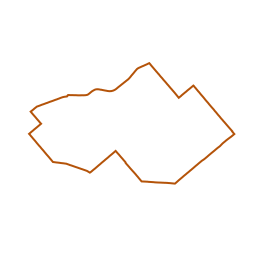 Glen Eira, Victoria, Australia, rotated 311°
{"feature_id": "25037944B56718384218889", "entity_name": "Glen Eira", "entity_type": "district", "adm_level": 2, "iso_a3": "AUS", "parent_name": "Australia", "parent_adm1": "Victoria", "projection": "mercator", "projection_center": [145.042, -37.899], "detail": "fine", "context": "isolated", "style": "outline", "palette": "amber", "viewbox_px": 256, "rotation_deg": 311, "n_neighbors": 0, "source": "geoboundaries", "source_scale": "gbopen_adm2", "svg_char_len": 5180}
<svg xmlns="http://www.w3.org/2000/svg" viewBox="0 0 256 256"><g transform="rotate(311 128 128)"><path d="M116.8,199.9L117.9,200.1L118.7,200.2L120.2,200.4L121.1,200.5L121.9,200.6L124.5,201.0L125.7,201.2L126.3,201.3L128.6,201.6L131.4,202.1L131.7,202.1L132.3,202.2L134.0,202.5L135.2,202.7L136.8,202.9L137.8,203.1L138.5,203.2L140.4,203.5L141.9,203.7L142.4,203.8L143.4,203.9L145.7,204.3L146.3,204.4L147.2,204.5L151.5,205.2L152.0,205.3L153.7,205.8L154.7,206.0L156.2,206.3L156.5,206.3L158.2,206.6L159.1,206.7L160.6,206.9L162.4,207.2L163.2,207.3L167.8,208.1L168.6,208.2L169.9,208.4L171.8,208.7L174.1,209.2L174.7,209.3L176.6,209.4L178.4,209.5L178.9,209.6L179.1,209.6L182.0,210.1L182.9,210.2L185.8,210.8L188.1,211.3L188.4,211.4L191.1,211.9L193.2,212.2L193.3,211.5L193.3,211.4L193.5,210.2L193.6,209.8L193.7,208.9L193.8,208.6L194.0,208.6L194.6,204.1L195.3,199.2L195.4,198.7L195.5,197.8L195.7,196.7L195.7,196.1L196.0,194.4L196.1,193.7L196.2,192.7L196.4,191.3L196.5,190.9L196.8,189.2L197.0,187.5L197.3,185.8L197.6,184.1L197.8,182.4L198.2,180.5L198.6,177.3L199.0,174.6L199.1,173.9L199.2,173.4L199.4,172.3L199.5,171.8L199.7,170.2L200.0,168.1L200.4,166.0L200.7,164.2L201.0,162.0L201.1,161.2L201.6,158.4L201.7,157.9L201.7,157.4L202.0,155.6L202.1,155.0L202.3,153.6L202.4,153.4L202.6,151.6L202.7,151.0L202.9,150.2L202.9,149.5L197.8,148.7L196.9,148.5L195.1,148.2L193.4,148.0L192.5,147.8L191.2,147.6L190.7,147.5L189.4,147.3L188.8,147.2L187.5,147.0L186.9,147.0L185.9,146.8L184.1,146.5L184.7,143.0L184.8,142.4L185.1,140.7L185.2,140.1L185.6,137.4L185.6,137.1L185.8,136.1L186.0,134.5L186.0,134.3L186.1,133.7L186.3,132.5L186.4,131.7L186.6,130.7L186.8,128.8L186.9,128.4L187.3,125.8L187.7,122.6L187.8,122.3L188.1,120.4L188.1,120.0L188.3,118.5L188.5,117.2L188.6,116.9L188.8,115.8L188.8,115.3L188.8,115.1L189.1,113.6L189.2,112.4L189.4,111.3L189.7,109.2L190.0,107.3L190.3,105.2L190.6,103.5L190.6,103.3L190.7,103.1L190.9,101.5L189.8,101.0L189.0,100.7L187.9,100.2L187.1,99.8L185.1,98.9L183.9,98.3L183.3,98.0L181.9,97.4L180.7,96.8L180.4,96.7L180.1,96.6L179.9,96.5L179.6,96.4L179.4,96.3L179.1,96.3L178.8,96.2L178.4,96.1L177.9,96.1L177.1,96.1L176.3,96.1L175.5,96.1L172.8,96.2L170.4,96.2L169.5,96.2L168.5,96.3L167.9,96.3L166.5,96.3L166.1,96.3L165.8,96.3L165.4,96.2L165.0,96.2L164.6,96.2L163.9,96.0L162.7,95.8L161.8,95.6L160.9,95.5L160.7,95.4L159.0,95.1L158.9,95.1L157.9,94.9L156.9,94.7L154.6,94.3L152.6,93.9L150.6,93.6L149.5,93.4L149.1,93.3L148.5,93.1L148.1,93.0L147.8,92.9L147.5,92.7L147.2,92.6L146.7,92.4L146.4,92.2L146.1,92.0L145.8,91.8L145.5,91.6L145.2,91.4L144.8,91.1L144.6,90.8L144.3,90.6L144.1,90.4L143.9,90.2L143.7,90.0L143.5,89.7L143.3,89.4L143.0,89.0L142.6,88.4L141.8,87.0L141.3,86.2L139.8,83.6L139.4,82.8L139.0,82.3L138.5,81.4L138.0,80.6L137.8,80.3L137.6,80.0L137.4,79.7L137.1,79.5L136.8,79.1L136.4,78.7L136.0,78.4L135.6,78.1L134.8,77.7L132.3,76.8L131.7,76.7L130.7,76.5L130.0,76.4L129.6,76.3L129.2,76.3L128.7,76.2L127.0,75.8L126.6,75.7L125.1,74.6L124.8,74.3L124.0,73.5L123.5,73.0L123.4,72.8L121.8,71.0L121.7,71.0L120.7,69.8L120.2,69.2L119.6,68.5L118.6,67.2L117.9,66.4L117.0,65.3L114.9,62.8L113.8,61.4L113.7,61.3L113.6,61.2L113.4,61.1L113.2,61.1L112.9,61.1L112.7,61.1L112.4,61.3L112.2,61.3L111.9,61.3L111.7,61.2L110.7,60.3L110.6,60.2L109.8,59.5L108.7,58.7L108.4,58.5L108.3,58.4L108.1,58.3L106.9,57.6L106.5,57.4L105.8,57.0L105.5,56.9L104.6,56.4L103.9,56.0L102.7,55.4L102.1,55.0L101.2,54.5L99.5,53.6L97.9,52.7L96.4,51.8L96.2,51.7L93.5,50.3L93.3,50.1L91.6,49.2L90.5,48.6L89.2,47.8L87.4,46.9L85.4,45.8L84.4,45.2L81.7,44.7L81.3,44.6L80.2,44.5L78.6,44.2L76.5,43.8L76.3,45.0L76.2,45.6L76.1,46.3L76.0,47.0L75.9,47.5L75.9,47.8L75.8,48.4L75.7,48.9L75.7,49.4L75.6,49.7L75.4,51.4L75.2,52.4L75.1,53.1L74.9,54.5L74.7,56.1L74.4,57.8L74.4,58.0L74.3,58.6L74.2,59.6L71.5,59.2L70.3,59.0L68.3,58.7L67.3,58.5L66.5,58.4L65.6,58.2L64.7,58.1L63.2,57.9L61.7,57.6L61.4,57.6L58.7,57.2L58.5,58.8L58.2,60.3L58.2,60.5L58.0,62.0L57.9,62.4L57.7,63.7L57.2,67.2L56.9,68.7L56.6,70.7L56.3,72.6L56.2,73.7L56.1,74.4L55.9,75.5L55.8,76.0L55.6,77.4L55.6,77.7L55.3,79.6L55.2,80.4L55.0,81.1L54.9,82.2L54.8,82.6L54.6,83.8L54.3,86.2L54.2,86.7L54.2,87.0L53.8,89.3L53.7,90.0L53.6,90.8L53.5,91.2L53.1,93.7L53.6,94.4L53.8,94.7L54.9,96.4L56.1,98.1L57.1,99.6L57.5,100.3L58.9,102.3L60.2,104.3L60.4,104.6L60.5,104.7L61.6,107.5L61.9,108.4L62.5,109.7L64.4,114.5L64.8,115.4L65.9,118.2L66.2,118.8L66.4,119.5L66.7,120.1L68.2,123.9L68.7,125.2L68.9,126.1L68.9,126.4L69.3,128.5L70.9,128.9L71.6,129.0L73.0,129.2L74.8,129.5L75.1,129.6L77.2,129.9L79.3,130.2L80.8,130.4L81.8,130.6L84.9,131.0L85.4,131.1L87.3,131.4L88.4,131.6L88.8,131.6L91.1,132.0L93.0,132.3L94.8,132.5L95.3,132.6L97.1,132.9L98.3,133.1L102.6,133.7L102.1,137.1L102.0,138.3L101.9,139.0L101.8,139.4L101.7,140.1L101.4,142.1L101.2,143.9L100.9,145.7L100.7,147.3L100.5,148.6L100.4,148.8L100.2,148.9L100.1,149.0L99.8,150.7L99.7,151.4L99.7,151.9L99.5,153.0L99.4,154.0L99.1,155.8L98.9,157.4L98.7,159.0L98.5,160.6L98.5,160.8L98.0,164.6L97.8,165.5L97.6,167.2L97.3,168.8L96.7,172.7L96.6,173.3L99.9,177.5L100.3,178.0L100.6,178.5L104.0,183.0L104.6,183.9L106.3,186.1L109.2,189.7L109.6,190.3L110.8,191.7L111.8,193.0L112.3,193.6L112.9,194.5L113.9,195.8L116.8,199.9Z" fill="none" stroke="#b45309" stroke-width="2"/></g></svg>